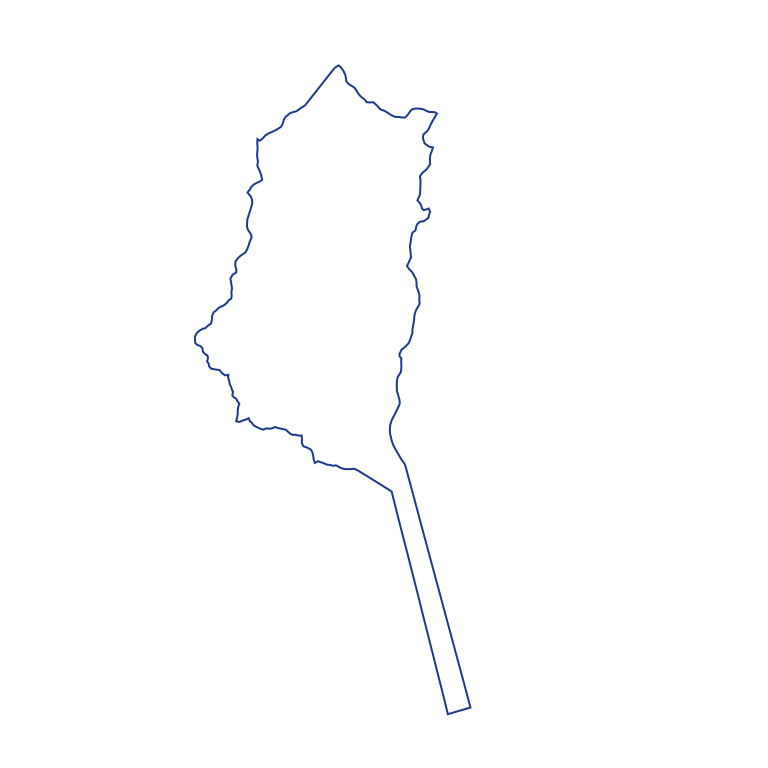 Rangwe, Nyanza, Kenya, rotated 207°
{"feature_id": "3690345B99365267658233", "entity_name": "Rangwe", "entity_type": "district", "adm_level": 2, "iso_a3": "KEN", "parent_name": "Kenya", "parent_adm1": "Nyanza", "projection": "robinson", "projection_center": [34.574, -0.513], "detail": "fine", "context": "isolated", "style": "outline", "palette": "blue", "viewbox_px": 768, "rotation_deg": 207, "n_neighbors": 0, "source": "geoboundaries", "source_scale": "gbopen_adm2", "svg_char_len": 4498}
<svg xmlns="http://www.w3.org/2000/svg" viewBox="0 0 768 768"><g transform="rotate(207 384 384)"><path d="M606.5,541.5L604.8,538.7L603.3,535.9L601.8,532.0L600.1,528.8L597.4,525.2L595.9,520.8L591.8,517.7L588.4,514.5L585.2,510.6L586.6,508.1L588.2,506.0L590.4,503.0L591.7,499.6L591.8,496.4L592.6,492.8L590.6,491.7L587.6,490.5L585.2,488.2L583.5,485.5L582.7,481.6L581.5,474.8L580.4,468.4L577.7,462.3L575.5,459.8L572.3,458.0L570.0,456.6L568.5,454.3L568.2,449.5L567.4,445.4L567.1,441.4L567.3,438.1L570.0,433.2L571.2,430.0L572.0,425.8L570.3,422.0L567.9,419.5L566.3,416.3L568.5,412.6L568.7,408.1L566.3,405.1L564.8,402.8L562.9,400.3L561.6,396.5L559.6,393.0L558.9,390.6L560.4,388.1L560.8,384.9L562.4,381.4L563.7,379.6L564.6,378.7L565.9,376.6L566.9,373.4L568.4,370.3L568.1,367.0L567.2,364.8L566.3,362.6L565.6,359.3L567.4,355.9L568.5,352.7L570.3,351.1L572.2,348.6L573.9,344.8L574.0,340.4L572.2,337.1L570.7,334.7L567.8,334.0L565.2,334.5L562.2,333.6L560.0,330.6L557.4,329.5L554.3,329.2L552.9,327.7L552.2,325.7L552.0,323.8L549.6,322.7L547.9,320.4L544.9,319.2L541.5,320.2L539.4,320.9L536.9,321.8L533.4,320.2L529.7,319.5L526.8,321.5L526.0,319.0L523.7,317.0L521.5,314.0L518.6,311.7L517.1,310.1L515.0,308.5L513.9,304.9L511.2,303.8L509.0,303.8L506.7,302.0L504.0,300.9L503.4,297.0L502.1,293.5L500.4,290.1L499.6,287.1L498.8,283.7L495.6,284.6L493.4,287.2L490.9,289.6L489.0,292.1L486.8,290.1L484.1,289.4L481.4,288.0L478.2,287.8L474.5,288.0L470.8,288.5L468.9,291.0L466.0,292.1L463.7,293.5L461.6,296.2L458.2,296.7L454.9,297.6L450.8,298.7L447.5,297.8L444.6,297.1L442.1,297.2L440.3,298.5L436.9,299.2L433.9,300.6L431.9,297.4L430.7,294.4L427.6,291.9L423.8,292.4L419.6,292.4L416.8,290.6L414.4,287.8L412.5,284.9L409.7,282.3L407.6,285.4L405.0,285.5L402.5,286.0L400.4,286.1L398.2,286.2L395.3,287.4L392.2,288.0L390.0,289.7L387.3,289.7L384.3,289.6L380.5,290.3L377.2,291.9L374.4,293.5L372.2,294.9L368.4,295.1L362.0,294.6L351.1,293.7L328.4,291.7L313.5,274.6L295.5,254.1L288.0,245.7L257.4,210.8L242.8,194.0L186.2,129.3L177.2,118.8L160.1,135.0L179.5,156.6L292.4,281.5L293.4,282.7L327.7,320.7L329.3,322.1L334.3,324.7L346.7,332.7L350.3,335.9L351.2,336.8L352.5,338.3L355.4,341.7L356.4,343.0L357.6,345.1L359.0,348.1L359.9,350.6L360.7,355.2L360.7,361.4L360.7,363.7L360.7,366.2L360.8,371.9L361.2,373.9L363.1,377.0L364.7,378.7L367.5,381.8L369.2,383.4L371.0,386.7L371.7,388.0L372.5,389.5L373.9,392.8L375.0,396.4L374.8,398.3L374.5,401.0L374.6,402.8L375.0,404.1L376.4,407.4L377.5,409.4L378.3,410.7L380.1,414.5L382.7,415.8L383.8,418.0L384.0,422.6L383.2,424.1L382.5,425.6L381.3,429.2L380.7,431.0L380.6,432.5L380.9,436.0L381.4,438.8L381.8,442.2L383.5,445.8L383.9,447.1L384.3,448.6L385.3,451.8L385.8,453.4L386.6,455.5L388.0,458.8L388.7,462.2L388.9,463.7L388.9,466.0L388.7,468.9L388.7,471.8L390.5,474.6L392.7,479.1L395.7,482.5L399.1,485.5L401.2,489.3L402.3,491.0L403.5,492.3L406.8,494.4L408.4,495.7L409.9,496.5L413.8,497.8L417.2,499.6L417.1,501.4L417.4,509.2L418.2,510.3L420.1,513.3L422.1,516.5L423.1,517.9L423.8,519.5L424.8,522.9L425.8,525.7L426.5,527.6L427.3,531.8L426.5,533.5L425.7,535.2L426.7,538.8L427.0,541.2L426.0,544.5L423.8,546.3L422.4,547.1L419.8,552.4L420.5,554.2L421.2,558.6L423.9,560.6L425.1,559.2L427.5,557.0L428.7,557.2L430.0,557.8L431.9,560.0L433.4,560.9L434.6,561.7L437.5,562.7L437.7,565.0L437.9,568.4L438.4,570.3L440.2,574.1L440.8,575.5L441.8,577.6L443.8,581.7L446.2,585.3L446.0,587.6L445.6,589.6L444.0,593.4L443.4,595.3L443.1,597.3L442.7,600.9L443.9,602.7L445.4,605.6L446.8,609.4L447.1,612.9L447.8,617.0L451.1,616.0L452.5,616.0L453.8,616.3L457.0,616.8L458.6,618.3L461.3,621.3L462.1,624.3L460.4,628.8L460.1,630.2L459.9,632.0L460.2,635.6L460.2,637.6L460.1,641.9L459.8,644.7L459.7,649.0L462.1,649.2L463.7,648.6L467.5,646.8L471.1,646.6L473.2,646.7L476.7,645.7L480.4,644.1L483.4,641.8L484.4,639.5L484.9,635.4L485.5,633.1L486.2,631.0L489.7,629.3L492.0,628.7L495.5,627.0L500.0,626.9L501.5,627.0L503.4,627.3L507.4,627.7L510.9,627.1L512.2,627.2L514.2,627.9L517.5,629.2L521.5,630.2L523.7,628.8L527.3,627.2L529.0,628.1L530.3,628.6L534.7,629.5L538.2,630.8L539.7,631.7L541.0,632.5L544.2,634.3L545.5,634.7L547.1,634.9L550.6,635.1L553.4,635.8L555.2,636.9L557.3,639.9L558.7,641.7L562.2,644.5L565.8,646.4L567.6,647.0L569.2,647.2L571.5,643.1L580.9,596.2L582.9,593.1L584.0,591.0L585.8,587.3L588.3,585.1L590.8,582.5L592.7,577.8L593.2,576.0L593.1,573.9L592.4,569.4L592.6,566.2L594.3,563.3L595.6,561.2L598.2,557.8L599.1,556.8L600.5,555.0L602.5,551.8L603.7,547.3L605.2,544.3L607.9,544.7L606.5,541.5Z" fill="none" stroke="#1e3a8a" stroke-width="2"/></g></svg>